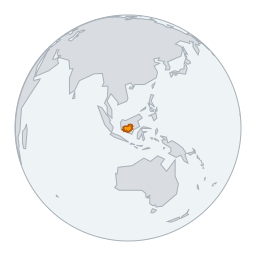 Kalimantan Tengah highlighted on a globe, orthographic projection, rotated 15°
{"feature_id": "IDN-1931", "entity_name": "Kalimantan Tengah", "entity_type": "Province", "adm_level": 1, "iso_a3": "IDN", "parent_name": "Indonesia", "parent_adm1": "", "projection": "orthographic", "projection_center": [113.429, -1.416], "detail": "fine", "context": "on_globe", "style": "filled", "palette": "amber", "viewbox_px": 256, "rotation_deg": 15, "n_neighbors": 0, "source": "natural_earth", "source_scale": "10m", "svg_char_len": 9043}
<svg xmlns="http://www.w3.org/2000/svg" viewBox="0 0 256 256"><g transform="rotate(15 128 128)"><circle cx="128" cy="128" r="113" fill="#eef3f6" stroke="#a8b0b8"/><path d="M227.3,158.1L227.2,158.9L227.1,159.0L227.3,158.1ZM191.0,34.7L192.9,36.2L189.0,33.3L191.0,34.7ZM186.2,31.6L186.3,31.7L184.0,30.3L182.8,29.8L180.1,28.3L177.7,26.9L175.9,26.0L176.1,26.2L173.5,25.2L173.4,24.9L168.9,23.2L165.8,21.9L176.2,26.2L186.2,31.6ZM233.1,87.5L233.1,87.4L233.0,87.2L233.0,87.3L233.1,87.5ZM232.9,87.0L233.0,87.1L232.9,87.0ZM232.4,85.9L232.2,85.6L232.2,85.3L232.4,85.9ZM183.1,30.0L183.9,30.5L183.0,30.0L183.1,30.0ZM177.9,27.4L176.0,26.7L177.5,27.1L177.9,27.4ZM174.7,26.1L170.3,24.6L171.7,25.5L165.1,22.5L171.1,24.5L172.6,24.9L173.0,25.3L174.7,26.1ZM162.2,21.3L160.7,20.8L161.8,21.0L162.2,21.3ZM32.7,68.0L31.8,70.0L33.0,69.6L39.9,60.3L37.9,60.6L41.1,56.3L45.6,52.3L47.9,52.7L49.2,51.1L50.8,47.6L54.4,44.8L51.7,46.2L50.5,47.8L48.8,48.9L49.8,47.6L51.0,46.6L51.2,46.0L45.3,51.7L43.4,53.8L42.4,54.7L48.8,47.9L55.7,41.6L63.2,35.9L71.0,30.8L72.0,30.3L72.4,30.1L81.8,25.3L91.6,21.4L91.8,21.3L86.8,23.7L83.7,24.8L84.0,24.4L79.7,26.6L82.0,25.5L81.5,26.0L85.4,24.4L85.2,24.7L89.3,22.8L89.5,23.0L86.9,24.2L92.9,22.5L94.5,22.8L96.0,22.3L97.1,21.7L98.3,22.8L99.3,22.4L99.3,21.9L101.3,20.9L105.4,19.7L105.6,20.1L104.2,20.6L101.5,22.5L97.6,24.0L98.1,24.1L101.5,22.9L104.8,20.6L107.2,19.8L106.1,20.7L106.7,20.3L107.9,20.1L109.3,20.3L110.8,19.3L124.2,17.4L128.3,18.1L125.8,18.9L135.5,19.2L139.4,20.8L139.3,20.2L143.9,20.4L142.8,19.9L143.1,19.7L154.4,21.0L157.2,21.9L162.0,22.5L162.0,22.3L160.2,21.6L165.1,22.5L171.7,25.5L171.4,25.7L175.8,27.8L174.4,28.2L175.3,29.8L171.4,29.7L172.5,31.3L174.1,31.9L176.7,34.9L176.7,39.2L169.7,32.7L168.4,27.3L168.3,29.0L166.2,27.9L164.9,28.1L165.1,29.7L166.4,30.3L155.9,30.2L152.0,34.6L157.4,35.2L160.3,37.5L160.6,44.8L149.1,53.9L152.9,58.4L152.9,61.1L149.0,62.2L148.9,58.2L145.3,56.4L145.9,54.2L139.6,55.1L140.2,52.1L135.0,54.7L136.5,57.3L141.9,57.3L137.2,61.3L142.1,66.5L142.2,72.3L132.5,81.8L123.2,84.3L122.5,86.3L119.0,83.8L114.1,87.3L120.2,99.2L119.9,102.5L112.0,108.4L111.9,105.9L102.7,99.3L100.7,107.3L107.6,114.4L110.0,122.7L104.5,119.9L102.2,112.6L98.9,110.1L100.1,103.0L97.8,92.7L92.3,94.4L93.0,90.3L89.1,82.0L81.3,84.4L68.8,94.9L66.7,105.5L62.6,110.2L58.5,94.9L59.5,85.0L56.3,86.0L53.5,77.9L43.9,77.7L44.0,75.3L41.8,76.5L40.2,74.2L41.0,70.4L39.2,70.7L37.5,81.0L39.5,80.7L43.3,76.6L42.3,80.4L44.1,83.7L36.6,93.2L24.8,102.4L26.2,94.6L30.5,74.6L31.8,72.3L31.9,72.1L32.1,71.6L29.9,75.3L31.5,71.6L26.4,85.2L24.4,91.4L24.5,102.9L23.9,104.2L24.7,106.6L30.4,103.3L29.9,105.9L25.6,118.6L20.0,136.4L22.2,148.2L24.3,158.5L24.1,165.6L27.5,173.5L27.8,176.5L30.1,181.0L32.2,186.0L34.6,190.8L34.7,191.1L30.4,184.2L26.6,177.0L23.3,169.6L20.6,161.9L18.4,154.1L16.8,146.1L15.8,138.0L15.4,129.9L15.5,121.8L16.3,113.6L17.6,105.6L19.5,97.7L22.0,89.9L25.0,82.4L28.6,75.1L32.7,68.0ZM47.6,58.4L50.7,58.8L53.9,53.3L55.3,53.1L55.9,51.4L54.1,52.9L56.1,48.5L59.1,47.0L61.0,44.9L60.1,44.7L54.3,48.1L51.4,54.3L48.7,56.5L47.6,58.4ZM38.2,61.9L36.5,63.7L36.9,62.9L37.4,62.4L38.2,61.9ZM36.3,62.6L35.8,63.3L36.0,63.1L36.3,62.6ZM75.8,211.2L78.2,212.6L76.8,212.7L75.8,211.2ZM31.2,156.4L34.5,174.5L32.4,174.7L29.8,169.4L27.0,158.5L28.6,155.3L28.8,150.3L31.2,156.4ZM138.7,144.0L142.2,144.8L142.1,145.3L138.7,144.0ZM135.1,141.8L139.1,142.3L134.4,142.9L135.1,141.8ZM140.6,142.5L144.6,141.8L146.4,141.1L146.0,142.2L140.6,142.5ZM132.4,141.6L118.0,140.5L112.3,138.7L113.6,136.8L122.8,137.9L132.4,141.6ZM113.2,136.7L104.6,130.8L93.1,114.6L97.2,115.0L109.2,125.0L108.5,126.7L113.7,131.3L113.2,136.7ZM134.1,128.1L133.3,133.1L125.3,132.1L121.7,131.0L119.2,124.4L120.6,121.3L123.6,121.6L135.2,111.7L139.2,114.6L135.6,118.9L138.9,123.5L134.1,128.1ZM67.1,106.5L69.0,112.9L66.9,114.0L67.1,106.5ZM140.1,104.7L135.3,108.9L139.7,103.1L140.1,104.7ZM142.8,99.2L143.0,101.5L141.1,99.1L142.8,99.2ZM122.2,89.3L119.1,89.6L119.1,88.0L123.1,86.7L122.2,89.3ZM142.3,77.4L142.0,81.8L141.3,83.3L140.0,80.5L142.3,77.4ZM109.0,18.2L103.1,19.2L99.1,20.2L97.2,21.2L97.3,20.5L103.5,18.8L109.0,18.2ZM122.3,17.3L123.9,16.8L124.9,17.0L124.7,17.2L122.3,17.3ZM122.1,17.0L120.8,16.6L122.9,16.3L123.4,16.7L122.1,17.0ZM111.9,16.7L110.2,16.9L110.9,16.7L111.9,16.7ZM200.7,200.7L201.3,202.0L198.1,205.0L193.9,207.8L190.4,208.1L200.7,200.7ZM172.0,203.9L172.4,199.6L176.7,200.0L174.5,203.4L172.0,203.9ZM203.6,198.6L206.5,195.3L208.1,190.5L207.1,195.1L208.8,195.9L202.1,201.9L203.6,198.6ZM157.5,184.6L135.4,190.4L130.6,189.0L131.9,185.7L127.8,175.1L129.4,175.4L128.6,168.5L141.7,163.3L151.2,153.0L158.3,154.5L163.9,147.2L171.2,148.6L168.9,154.6L176.4,159.9L181.8,146.5L186.0,162.4L191.1,168.9L192.0,179.2L181.3,194.7L175.5,197.1L174.6,195.3L172.1,196.7L168.6,195.4L167.0,189.5L164.5,190.9L167.0,187.0L163.4,190.3L161.8,186.5L157.5,184.6ZM209.7,165.0L210.7,165.7L212.1,168.9L210.5,168.0L209.7,165.0ZM224.8,160.5L225.1,162.0L224.2,161.9L224.8,160.5ZM227.1,159.0L225.9,159.1L227.3,158.1L227.1,159.0ZM215.4,157.3L215.8,158.4L215.4,158.6L215.4,157.3ZM215.0,156.8L215.7,155.4L215.5,157.0L215.0,156.8ZM210.6,147.3L211.2,146.7L211.5,147.4L210.6,147.3ZM147.3,145.3L152.1,141.8L154.8,141.8L147.3,145.3ZM209.7,145.5L208.2,145.0L208.3,144.2L209.7,145.5ZM209.9,143.6L209.7,142.4L210.6,145.3L209.9,143.6ZM206.9,140.4L208.8,142.8L206.7,140.6L206.9,140.4ZM205.8,140.4L204.4,139.2L204.5,138.9L205.8,140.4ZM189.8,138.9L195.0,146.5L190.8,145.5L186.0,140.6L182.2,143.9L173.7,142.0L175.6,139.9L174.5,136.1L165.6,133.5L163.8,130.9L167.0,129.7L161.1,127.2L167.5,126.9L170.2,132.0L173.8,128.8L180.1,130.6L186.1,133.2L191.0,137.6L189.8,138.9ZM167.6,137.5L168.7,137.6L167.7,138.9L167.6,137.5ZM201.7,136.0L203.7,138.8L203.5,139.3L202.5,138.8L201.7,136.0ZM192.1,137.0L197.3,134.0L198.5,134.3L195.1,138.2L192.1,137.0ZM196.1,131.2L198.5,132.2L199.7,134.7L199.2,135.2L196.1,131.2ZM154.4,131.4L154.1,132.7L152.5,131.5L154.4,131.4ZM156.6,130.9L161.6,132.9L156.1,132.0L156.6,130.9ZM141.2,124.8L142.7,128.0L147.4,126.5L143.8,129.0L147.0,134.5L145.9,136.3L142.8,130.4L141.7,136.1L139.6,135.8L138.5,130.7L140.5,124.9L142.6,122.7L151.0,122.5L141.2,124.8ZM156.5,127.1L155.2,123.3L156.2,121.0L157.6,123.1L156.5,127.1ZM151.2,114.3L147.7,109.9L144.5,111.2L151.0,106.2L153.3,111.2L151.2,114.3ZM148.3,105.2L145.3,106.3L148.4,103.4L148.3,105.2ZM144.5,104.9L144.2,102.1L146.6,102.7L144.5,104.9ZM149.9,105.5L150.5,100.9L151.7,103.8L149.9,105.5ZM143.3,96.0L148.3,100.9L141.7,98.3L141.5,89.6L144.4,89.7L143.3,96.0ZM159.8,65.0L159.1,62.8L161.7,62.6L161.4,64.2L159.8,65.0ZM169.6,61.2L162.2,61.9L156.2,63.0L158.0,64.2L156.6,67.7L153.9,63.9L158.2,60.6L162.7,60.5L163.4,57.7L166.8,56.4L166.1,52.9L167.6,51.7L169.6,55.0L169.6,61.2ZM165.6,51.4L165.7,45.9L170.5,47.5L171.6,49.1L169.5,50.9L167.1,49.9L165.6,51.4ZM167.1,45.1L164.8,44.2L159.9,36.2L160.0,35.1L166.3,41.5L164.4,41.0L164.8,42.9L167.1,45.1ZM161.1,21.1L160.8,20.9L161.9,21.3L161.1,21.1ZM142.4,19.4L143.0,19.2L144.4,19.5L142.4,19.4ZM145.5,18.8L143.6,18.5L145.6,18.6L145.5,18.8ZM139.2,18.1L142.7,18.4L139.4,18.5L139.2,18.1Z" fill="#d9dde1" stroke="#a8b0b8" stroke-width="1"/><path d="M129.7,132.0L129.7,131.9L129.8,131.7L129.7,131.7L129.6,131.8L129.4,131.9L129.3,131.7L129.2,131.8L128.9,132.0L128.6,132.0L128.4,132.0L128.4,131.9L128.4,131.7L128.3,131.4L128.2,131.4L128.1,131.5L127.9,131.6L127.8,131.4L127.8,131.6L127.7,131.5L127.6,131.4L127.5,131.2L127.4,131.2L127.2,131.0L127.1,131.3L126.5,131.9L126.4,131.9L126.3,132.0L126.2,132.0L126.0,131.8L125.9,131.7L125.6,131.8L125.4,131.9L125.1,132.1L124.9,132.2L124.9,131.9L124.8,131.5L124.8,131.4L124.9,131.2L124.7,130.9L124.7,130.7L124.6,130.8L124.6,131.0L124.4,131.1L124.2,131.0L123.9,131.0L123.4,131.2L123.2,131.3L122.9,131.2L123.0,131.0L123.1,130.9L123.3,130.8L123.3,130.7L123.5,130.6L123.5,130.4L123.5,130.1L123.5,129.9L123.3,129.4L123.2,129.3L123.2,129.2L123.3,128.9L123.3,128.7L123.2,128.5L123.1,128.4L123.2,128.2L123.3,128.2L123.5,128.2L123.8,128.0L123.9,127.9L124.0,127.8L124.0,127.7L124.3,127.6L124.4,127.4L124.5,127.3L124.5,127.2L124.9,127.0L125.1,126.8L125.3,126.8L125.4,126.7L125.7,126.7L125.8,126.7L126.1,126.6L126.3,126.6L126.7,126.5L126.7,126.4L126.9,126.3L127.0,126.3L127.2,126.2L127.3,126.2L127.5,126.1L127.6,126.3L127.7,126.2L127.8,126.1L127.7,126.0L127.7,125.9L127.8,125.7L128.0,125.6L128.1,125.4L128.1,125.2L127.9,124.9L127.8,124.7L128.0,124.7L128.3,124.7L128.4,124.4L128.5,124.3L128.5,124.2L128.9,124.1L129.1,124.0L129.2,123.9L129.3,123.9L129.5,123.9L129.5,124.0L129.9,124.1L130.4,124.0L130.5,124.0L130.5,123.9L130.8,123.8L131.0,123.8L131.2,124.0L131.1,124.3L131.0,124.5L131.0,124.8L131.1,125.0L131.1,125.3L131.0,125.5L131.3,125.4L131.5,125.2L131.8,125.2L131.7,125.3L131.7,125.5L131.6,125.8L131.7,126.0L131.8,126.4L131.9,126.5L131.9,126.8L132.0,126.8L132.0,127.0L132.3,127.1L132.4,127.3L132.5,127.3L132.7,127.6L132.7,127.8L132.5,128.0L132.4,128.0L132.4,127.9L132.2,128.0L131.9,128.0L131.8,128.7L131.7,128.8L131.8,128.8L131.8,129.0L131.7,129.1L131.5,129.5L131.4,129.5L130.9,129.7L130.8,129.8L130.9,130.0L130.7,130.3L130.7,130.5L130.4,130.6L130.4,130.8L130.2,130.8L130.0,131.1L129.7,132.0Z" fill="#f59e0b" stroke="#b45309" stroke-width="1.5"/></g></svg>